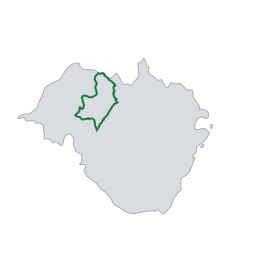 Krâchéh highlighted on a map of Cambodia, rotated 226°
{"feature_id": "KHM-1793", "entity_name": "Krâchéh", "entity_type": "Province", "adm_level": 1, "iso_a3": "KHM", "parent_name": "Cambodia", "parent_adm1": "", "projection": "orthographic", "projection_center": [106.195, 12.682], "detail": "fine", "context": "in_parent", "style": "outline", "palette": "green", "viewbox_px": 256, "rotation_deg": 226, "n_neighbors": 0, "source": "natural_earth", "source_scale": "10m", "svg_char_len": 5902}
<svg xmlns="http://www.w3.org/2000/svg" viewBox="0 0 256 256"><g transform="rotate(226 128 128)"><path d="M211.6,55.6L212.1,57.5L210.8,61.0L209.3,64.2L206.6,67.0L206.5,69.0L205.6,75.1L205.9,77.1L206.6,78.8L207.5,79.6L209.9,85.6L212.1,91.1L214.3,95.5L214.7,98.3L212.7,105.5L210.5,112.1L210.7,115.4L211.7,118.7L212.8,123.1L213.2,128.7L212.6,132.3L211.6,134.6L209.6,136.9L207.9,138.1L205.8,136.1L204.1,136.1L201.9,136.7L200.2,137.6L196.6,141.0L192.7,144.3L187.2,145.2L185.1,147.7L182.8,148.0L178.4,148.2L175.6,148.7L175.7,150.0L175.5,155.8L175.6,157.2L175.1,157.6L173.2,157.7L169.8,156.8L165.3,155.4L162.1,155.2L160.5,157.7L159.5,158.7L158.3,158.9L157.0,159.3L156.6,160.4L156.5,161.9L157.1,164.3L157.3,168.2L157.2,170.8L158.3,172.5L165.2,178.1L167.3,179.5L167.5,180.3L166.3,183.4L167.4,187.7L165.2,187.6L161.6,185.7L159.9,184.6L157.8,185.5L157.1,185.3L155.6,183.2L153.8,181.1L151.9,180.9L147.9,181.8L143.8,182.3L142.2,182.3L141.6,182.7L139.2,185.9L138.2,185.4L134.1,184.1L130.3,183.6L129.5,184.5L130.0,187.1L130.8,189.6L130.3,190.7L128.2,192.0L125.5,194.5L123.8,196.3L122.6,196.8L118.4,196.7L114.3,196.9L112.6,198.7L111.0,200.0L109.7,200.4L104.3,196.0L93.5,194.4L92.3,192.4L91.3,192.0L90.3,194.5L84.4,196.9L81.9,195.4L80.1,193.6L80.4,191.5L82.1,189.7L85.0,188.5L86.4,184.1L84.3,178.3L82.3,176.7L80.2,175.3L78.1,177.4L76.2,181.0L74.3,182.9L71.6,183.3L67.6,183.1L66.1,177.6L65.7,173.0L66.3,167.7L66.9,164.6L63.2,160.2L63.0,156.1L61.2,154.0L60.6,155.0L60.7,156.2L60.2,155.4L54.3,143.2L53.4,137.6L54.5,133.3L55.1,131.9L53.4,129.6L51.0,127.0L46.8,123.5L46.6,118.2L45.7,111.9L44.5,109.7L42.6,105.8L41.6,102.6L41.3,94.1L41.9,93.4L44.9,93.2L48.8,92.6L49.4,91.3L48.8,90.1L51.3,88.2L54.9,84.1L57.7,79.7L59.7,77.0L60.9,74.2L64.9,70.4L70.5,67.7L74.2,67.1L78.1,66.2L81.8,65.0L83.6,64.9L88.2,66.5L90.7,66.9L93.3,66.9L96.0,67.1L98.4,67.0L104.1,65.9L110.1,66.8L115.5,66.2L122.1,64.9L125.4,65.8L128.3,67.1L128.7,69.6L129.4,70.8L130.4,71.7L131.7,71.7L133.4,69.9L134.8,68.1L135.3,67.8L135.4,68.7L136.1,70.7L137.3,72.7L138.6,74.0L140.7,75.8L142.1,75.8L146.7,74.2L153.5,76.6L154.3,77.8L156.5,80.3L158.9,82.0L164.2,82.2L166.1,77.8L165.2,75.2L162.1,70.6L161.3,67.9L162.3,67.4L167.4,66.9L168.2,66.4L169.4,63.4L170.8,63.8L173.6,64.2L176.6,62.1L178.4,60.0L179.4,61.0L180.4,62.5L181.6,63.3L183.8,64.6L186.1,66.4L187.6,68.2L188.8,68.9L191.9,68.4L192.7,68.4L194.4,66.3L195.7,65.1L196.7,65.4L198.3,65.4L201.4,62.6L203.2,60.1L204.2,59.4L207.1,60.7L208.2,60.4L209.8,57.0L211.6,55.6ZM64.2,170.5L63.6,170.8L63.0,170.8L62.5,170.3L62.5,168.3L63.0,167.2L63.9,166.9L64.2,170.5ZM73.0,189.7L71.8,191.0L69.9,188.3L69.9,187.5L73.0,189.7Z" fill="#d9dde1" stroke="#a8b0b8" stroke-width="1"/><path d="M188.0,144.7L187.4,144.8L186.7,145.2L186.1,146.0L185.7,147.1L185.1,148.0L184.4,148.2L182.8,147.8L183.0,148.3L180.2,147.9L178.6,147.9L177.6,148.6L177.1,148.6L177.0,148.3L176.8,148.1L176.5,147.8L176.1,147.8L175.7,147.8L175.0,148.0L174.8,148.1L172.5,148.7L172.2,148.7L171.4,148.5L171.2,148.5L170.1,148.9L169.9,148.9L169.7,148.9L169.4,148.8L169.3,148.5L167.7,148.5L167.3,148.4L167.3,148.2L167.3,147.9L167.5,147.7L167.8,147.4L167.9,147.2L167.4,145.9L167.2,145.6L167.0,145.4L166.9,145.4L166.7,145.3L166.3,145.1L165.8,144.6L165.6,144.6L165.0,144.5L164.9,144.5L164.3,144.2L164.0,144.0L163.8,143.9L163.8,143.7L164.1,143.4L164.1,143.1L164.1,142.8L164.0,142.6L163.8,142.2L163.6,142.0L163.5,141.9L163.3,141.9L163.2,142.0L162.7,141.8L162.6,141.2L162.4,141.0L161.5,140.3L161.1,140.1L160.0,139.9L159.0,139.5L158.7,139.4L158.4,139.4L158.2,139.4L158.1,139.5L157.9,139.7L156.8,139.9L156.5,138.5L156.4,138.4L155.7,138.4L154.0,138.0L153.8,138.1L153.7,138.1L153.8,137.1L153.8,136.9L153.9,136.7L154.1,136.6L154.3,136.4L154.6,136.0L154.7,135.7L154.7,135.4L154.6,133.7L154.2,131.1L153.8,129.9L152.9,125.8L151.9,122.9L151.8,122.1L151.5,120.7L151.5,120.1L151.5,118.9L151.5,118.6L151.7,118.3L151.7,118.1L151.8,118.0L151.7,117.8L151.7,117.5L151.5,117.1L151.2,116.7L150.8,116.4L150.8,116.1L150.8,115.9L151.1,115.5L151.2,115.3L151.3,115.2L151.2,115.0L151.2,114.8L151.0,114.6L150.9,114.4L150.6,114.2L150.4,113.9L150.1,111.6L150.1,111.4L150.1,111.2L150.3,110.6L150.4,110.3L150.3,110.1L150.2,109.9L150.0,109.4L149.7,109.1L149.2,108.6L148.1,104.1L151.0,105.5L152.2,105.8L152.7,106.0L155.6,108.4L156.7,108.9L157.4,109.3L157.7,109.3L158.0,109.3L158.5,109.3L159.8,108.8L160.1,108.6L160.3,108.3L160.9,107.2L161.0,106.9L161.0,106.4L161.2,106.2L161.4,106.1L161.5,106.1L162.2,106.4L162.3,106.4L162.5,106.4L162.8,106.2L163.1,104.9L163.2,104.7L165.3,101.7L165.7,101.3L165.8,101.2L166.1,101.1L166.4,101.0L167.9,100.9L168.8,101.1L169.0,101.0L169.5,100.7L169.8,100.3L170.0,100.2L172.1,99.2L172.6,99.1L173.9,99.0L173.9,102.7L173.8,103.3L173.8,103.5L174.0,104.2L174.4,105.5L174.7,105.9L175.8,106.5L176.1,106.7L176.2,106.9L176.3,107.0L176.4,107.3L176.4,107.6L176.3,107.8L176.2,107.9L174.2,107.9L173.9,108.1L173.6,108.4L173.5,108.6L173.4,108.8L173.4,109.8L173.5,110.0L173.7,110.3L174.7,111.7L174.8,111.8L175.0,112.0L175.4,112.2L175.5,112.2L175.6,112.4L175.8,112.7L176.0,112.9L176.3,113.1L176.7,113.3L176.8,113.3L177.5,113.3L177.9,113.4L178.0,113.4L178.1,113.5L178.5,114.0L180.4,115.2L181.7,115.7L181.9,115.8L182.0,115.9L182.1,116.1L182.2,116.3L182.2,116.7L182.4,118.0L182.3,118.4L182.2,118.5L181.8,118.7L181.6,118.8L181.4,119.1L181.0,119.7L180.8,119.9L180.6,120.1L179.7,120.5L179.0,120.7L178.4,121.1L177.6,121.3L176.3,122.1L175.8,122.6L175.0,123.8L174.2,127.0L174.0,127.9L174.1,128.4L174.1,129.1L174.1,129.3L174.3,129.5L174.5,129.7L175.4,130.1L177.0,131.1L177.4,131.3L178.1,131.7L178.3,131.9L178.5,132.0L179.2,132.2L179.3,132.3L180.2,133.1L180.3,133.2L180.4,133.5L180.8,134.3L181.2,135.8L181.4,136.1L181.5,136.2L181.6,136.4L182.1,136.7L182.7,136.8L183.5,137.0L184.9,137.4L185.3,137.5L185.7,137.8L186.0,137.9L186.1,138.0L186.6,138.5L186.8,138.7L187.1,139.0L187.3,139.4L187.5,139.7L187.9,140.4L188.0,140.8L187.8,143.0L188.0,144.5L188.0,144.7Z" fill="none" stroke="#15803d" stroke-width="2"/></g></svg>